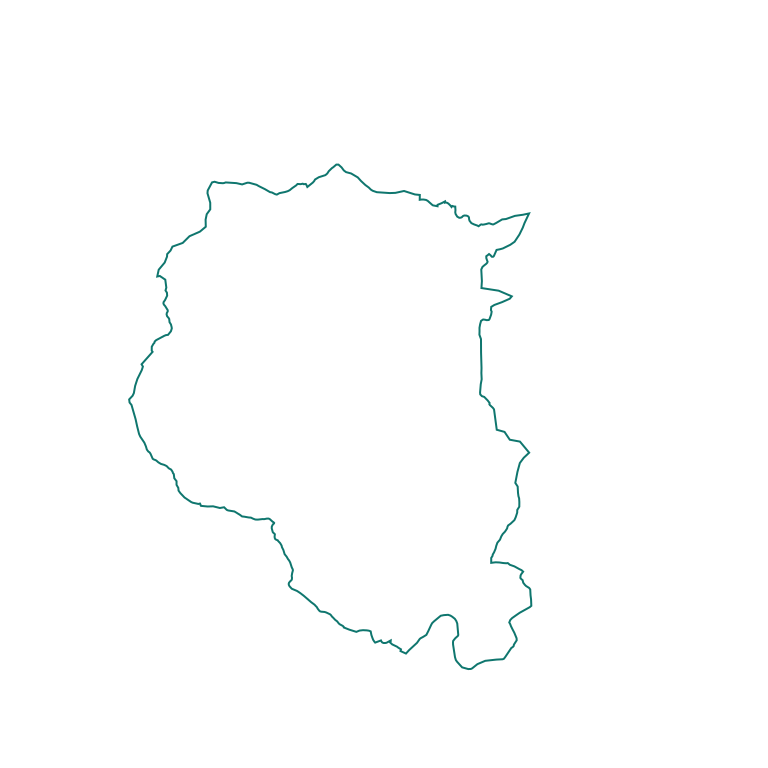 Sohodol, Alba, Romania (Mercator projection), rotated 125°
{"feature_id": "2599482B95775637612749", "entity_name": "Sohodol", "entity_type": "district", "adm_level": 2, "iso_a3": "ROU", "parent_name": "Romania", "parent_adm1": "Alba", "projection": "mercator", "projection_center": [22.993, 46.327], "detail": "fine", "context": "isolated", "style": "outline", "palette": "teal", "viewbox_px": 768, "rotation_deg": 125, "n_neighbors": 0, "source": "geoboundaries", "source_scale": "gbopen_adm2", "svg_char_len": 6166}
<svg xmlns="http://www.w3.org/2000/svg" viewBox="0 0 768 768"><g transform="rotate(125 384 384)"><path d="M426.0,631.4L424.1,629.6L424.0,623.0L429.9,617.6L432.7,616.6L433.7,614.2L436.0,612.3L440.8,611.5L443.4,611.5L444.5,610.9L445.2,609.9L445.7,607.9L447.6,603.5L448.6,602.8L450.5,602.6L451.7,602.0L452.9,600.5L453.5,598.2L454.0,597.2L456.4,595.1L457.4,592.7L459.3,590.5L460.2,589.7L463.0,588.8L467.6,589.1L469.1,590.7L470.5,591.6L478.8,595.8L480.7,596.2L482.0,595.7L483.4,595.9L486.7,595.6L489.9,593.4L490.4,592.0L506.9,593.9L508.0,591.5L511.5,590.4L521.3,588.9L528.2,586.8L534.9,583.7L537.8,583.2L542.8,583.9L545.1,581.8L546.0,578.8L555.3,567.3L560.2,562.0L565.4,556.0L566.9,553.5L569.5,546.7L571.7,543.2L573.7,540.7L574.5,538.4L574.5,536.7L575.1,535.2L577.9,530.6L577.9,529.5L577.4,527.5L577.3,526.6L577.6,523.9L577.4,520.9L576.3,517.6L575.9,515.0L576.5,511.9L576.2,509.3L577.1,507.0L578.0,505.8L578.4,504.5L581.5,501.7L582.6,498.2L585.6,496.1L587.1,492.9L589.2,491.1L590.2,488.2L591.4,482.3L591.3,474.4L591.0,472.7L588.7,467.2L587.5,466.2L588.0,465.2L588.6,464.6L588.8,464.0L585.5,458.2L582.2,453.8L579.7,447.3L576.7,444.3L577.3,440.6L577.0,439.2L574.2,433.4L573.8,426.7L573.9,424.3L572.9,422.5L570.9,418.2L569.8,416.4L569.4,413.9L568.8,411.6L567.4,409.5L564.3,406.0L563.4,404.6L561.3,402.6L560.4,401.3L560.2,400.0L560.7,396.2L560.6,395.3L560.8,394.3L561.3,394.1L562.3,394.4L563.6,394.4L565.2,394.1L566.6,393.2L569.1,390.2L569.3,389.6L569.5,387.7L569.7,387.2L571.6,386.2L572.7,385.3L573.4,384.1L573.4,383.0L573.0,381.3L573.3,380.8L573.9,377.8L575.1,375.2L576.2,374.0L577.7,371.2L580.4,367.8L581.3,364.7L582.5,362.2L583.0,360.5L584.0,358.5L587.1,354.4L588.2,352.4L589.0,351.7L591.7,350.7L594.2,349.5L595.4,348.3L596.7,347.5L597.8,347.3L599.6,347.7L601.3,347.8L602.2,347.5L603.1,346.8L603.9,345.3L604.6,342.1L603.4,336.5L603.3,332.9L603.5,328.2L604.5,318.5L604.6,314.9L604.7,313.9L605.0,312.7L605.2,311.4L605.5,310.5L606.0,309.7L606.8,307.1L606.9,306.0L606.5,304.8L604.8,301.9L604.3,300.3L603.6,296.2L603.7,295.1L604.4,293.0L604.5,292.0L605.2,288.7L605.3,286.2L606.1,283.6L606.2,282.3L605.8,279.0L606.0,277.7L606.5,277.3L605.1,271.4L602.9,264.5L600.0,262.6L597.7,260.0L595.7,256.8L594.7,254.8L594.3,253.0L596.8,250.4L598.6,247.9L599.8,246.1L600.6,244.1L600.9,242.9L595.8,239.4L596.3,238.6L596.7,237.4L596.5,236.0L595.6,234.6L594.5,233.5L590.2,231.4L591.0,230.9L592.2,230.8L592.6,227.9L591.7,222.6L591.8,221.1L591.6,217.9L593.3,217.3L592.2,211.4L587.6,210.8L577.1,208.5L572.4,208.5L571.3,208.2L568.5,206.8L565.2,205.4L561.0,206.0L554.2,207.2L552.3,207.4L549.7,206.9L541.3,204.6L539.0,202.4L536.3,199.1L535.6,196.7L535.5,194.5L535.7,191.3L536.7,188.8L538.2,186.6L547.0,179.2L548.0,179.0L551.4,179.8L554.7,180.0L555.9,179.4L557.8,178.0L567.0,169.2L568.9,166.8L569.6,164.9L571.3,157.5L569.2,151.5L567.6,149.4L566.4,148.7L559.9,146.8L552.7,142.3L545.4,134.0L541.4,128.9L540.3,128.2L538.1,128.1L527.3,128.3L525.3,127.6L524.2,127.5L523.0,128.1L517.8,128.3L516.2,129.6L513.0,134.6L511.2,138.1L509.5,141.2L508.3,142.9L507.5,144.6L504.9,145.2L502.3,144.8L497.8,143.2L493.5,141.6L483.2,136.6L481.2,136.1L476.2,139.9L473.1,142.7L468.4,146.4L467.8,148.1L468.0,151.7L467.7,153.5L466.9,156.0L465.2,157.9L465.0,159.9L464.6,161.1L462.5,162.3L461.1,162.5L457.9,162.4L457.6,164.6L458.0,167.0L458.6,172.6L459.9,177.2L459.7,179.9L460.7,181.0L462.2,183.5L464.0,187.1L466.1,190.4L469.0,193.6L465.0,196.4L462.6,196.5L461.3,197.1L458.8,197.3L455.0,198.1L452.2,199.2L448.9,200.1L445.0,199.7L441.6,200.5L438.8,200.7L435.5,200.2L431.7,200.3L430.3,200.9L428.7,201.2L425.9,200.2L420.7,199.1L417.6,199.7L413.0,201.1L410.7,202.6L406.9,202.8L403.1,205.4L400.2,207.7L398.8,209.5L396.3,211.8L391.3,215.7L389.7,219.7L379.4,224.3L370.8,227.4L364.2,227.2L357.0,225.7L353.2,239.6L357.5,249.0L354.1,257.8L356.8,265.4L341.7,279.3L341.1,281.0L340.5,285.2L340.1,286.1L339.0,286.6L338.0,289.7L337.1,294.5L337.8,296.9L337.3,299.2L335.9,300.4L328.7,304.6L324.1,306.7L319.2,310.5L315.1,313.2L302.6,322.5L291.6,330.3L288.9,334.1L286.0,336.0L283.2,338.0L280.0,339.5L276.6,340.7L274.3,339.8L273.4,338.1L272.8,336.5L271.5,334.9L270.3,334.8L265.8,336.0L263.0,337.3L262.1,338.8L259.3,340.4L255.9,338.9L249.3,334.3L242.0,329.9L238.9,329.6L241.8,343.6L249.5,359.2L243.6,362.8L234.4,370.0L231.6,370.5L229.2,369.9L227.0,369.2L225.4,369.0L224.4,369.3L223.6,370.5L222.2,372.4L220.7,373.5L220.1,373.4L219.6,373.1L217.3,372.5L217.4,370.8L217.9,368.7L217.3,367.7L216.5,367.4L215.6,367.5L209.6,368.7L207.1,366.3L204.8,364.4L197.5,360.4L192.6,358.6L184.0,358.8L176.3,360.0L171.6,361.2L161.1,363.0L165.6,367.2L171.2,373.2L178.9,378.7L181.4,381.6L188.0,384.6L190.5,385.9L191.0,386.6L191.6,388.5L191.8,389.5L192.3,390.4L194.4,392.1L196.1,393.7L197.0,394.7L197.2,395.5L197.9,396.2L200.5,397.0L200.7,398.5L201.6,401.7L202.1,404.7L201.2,407.6L200.3,408.7L198.8,410.0L198.4,411.0L198.5,411.9L198.7,412.9L199.7,414.6L200.5,415.3L201.3,415.7L202.7,415.9L203.7,416.5L204.7,417.7L204.9,420.0L203.7,422.8L202.5,424.1L200.7,425.1L197.8,427.4L198.4,428.4L199.0,430.2L200.3,430.2L199.9,431.4L199.6,432.7L199.3,434.5L199.3,435.9L199.8,437.5L200.5,438.1L199.5,438.8L202.8,440.5L206.5,442.9L207.7,442.1L209.6,446.4L209.6,447.2L208.9,453.3L209.1,455.1L210.1,457.2L211.5,459.2L212.6,460.4L208.6,463.1L211.0,467.4L214.4,478.3L220.9,484.3L224.3,488.8L231.0,499.9L232.2,504.1L232.3,506.2L231.8,509.2L231.7,513.4L230.9,519.2L229.8,524.0L230.4,531.7L232.2,536.6L232.1,539.4L230.9,543.0L230.4,547.1L231.6,548.9L235.5,549.9L237.1,550.5L241.3,551.3L244.1,551.2L246.5,551.8L252.0,556.0L256.1,557.8L257.7,557.6L259.7,557.8L266.6,559.8L265.3,562.0L265.0,562.8L266.4,564.4L266.5,565.4L268.1,566.9L269.7,569.5L270.4,569.7L271.5,569.8L276.1,571.5L279.3,572.4L281.2,573.4L283.5,575.2L287.6,579.1L290.3,580.4L290.9,582.0L291.4,585.7L292.2,587.4L292.7,593.3L293.7,600.0L293.9,602.6L296.5,609.9L297.5,611.4L301.9,614.7L304.1,620.1L309.7,629.3L311.0,630.2L311.9,631.1L314.2,634.9L315.5,638.8L317.5,640.5L326.6,639.4L329.0,638.0L335.2,630.3L340.6,626.5L346.6,626.6L351.7,624.4L357.4,620.2L364.8,622.2L374.5,628.1L383.9,629.8L392.8,636.1L397.1,635.4L402.0,636.1L404.1,634.8L410.3,633.3L419.6,634.1L426.0,631.4Z" fill="none" stroke="#0f766e" stroke-width="2"/></g></svg>